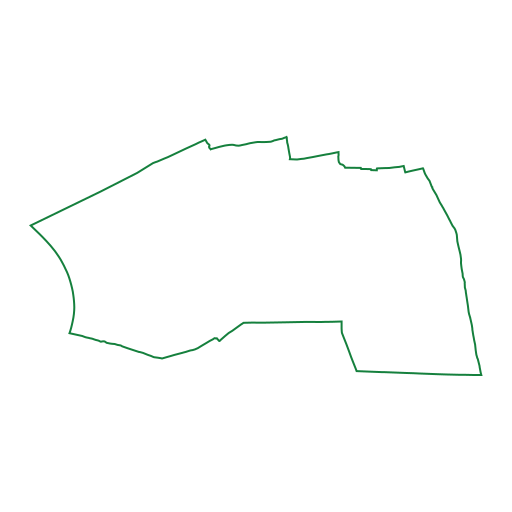 Phra Khanong, Bangkok Metropolis, Thailand (Mercator projection)
{"feature_id": "78962969B55596072077458", "entity_name": "Phra Khanong", "entity_type": "district", "adm_level": 2, "iso_a3": "THA", "parent_name": "Thailand", "parent_adm1": "Bangkok Metropolis", "projection": "mercator", "projection_center": [100.617, 13.692], "detail": "fine", "context": "isolated", "style": "outline", "palette": "green", "viewbox_px": 512, "rotation_deg": 0, "n_neighbors": 0, "source": "geoboundaries", "source_scale": "gbopen_adm2", "svg_char_len": 5473}
<svg xmlns="http://www.w3.org/2000/svg" viewBox="0 0 512 512"><path d="M481.3,375.0L480.7,372.7L479.7,367.4L479.5,365.8L477.8,359.1L477.2,357.8L476.8,356.2L476.4,354.9L476.2,353.7L475.7,350.2L475.1,344.5L474.2,340.4L473.7,337.5L473.3,335.5L473.2,335.0L473.1,334.2L473.0,333.7L472.7,331.8L472.7,331.6L472.4,330.0L472.3,328.2L472.1,327.0L471.9,325.5L471.7,324.5L470.4,318.7L470.2,317.9L470.2,317.6L470.1,317.4L469.1,314.1L468.7,312.2L468.6,311.8L468.6,311.5L468.5,310.8L467.9,305.7L467.2,301.2L466.7,297.8L466.3,295.3L466.1,293.9L465.9,292.7L465.8,291.7L465.7,290.6L465.1,288.3L464.9,287.7L464.8,285.5L464.8,285.1L464.7,283.3L464.7,282.9L464.8,282.6L464.7,282.0L464.6,281.4L464.4,280.8L464.2,280.0L464.1,279.6L463.8,278.8L463.1,277.5L462.9,277.0L462.8,276.5L462.7,275.5L462.6,273.6L462.3,272.1L461.7,269.0L461.3,266.0L461.0,263.2L461.0,262.1L461.1,260.4L461.0,258.6L460.7,256.5L460.6,255.7L460.5,255.1L460.5,254.9L459.7,251.4L458.6,247.0L458.3,245.7L457.8,243.5L457.3,241.1L457.3,240.9L456.8,234.8L456.4,233.2L456.3,232.9L455.4,230.1L454.5,228.3L453.5,227.1L453.2,226.5L452.6,225.9L452.1,224.9L450.9,222.6L449.8,220.3L449.5,219.9L448.3,217.5L447.8,216.5L447.2,215.3L444.8,211.0L443.7,209.0L443.6,208.8L443.5,208.5L442.8,207.4L442.2,206.4L441.9,205.8L439.8,202.4L438.5,199.6L436.4,195.0L432.9,189.2L432.5,188.4L432.2,187.6L432.3,187.2L431.9,186.8L431.5,186.1L431.3,185.5L429.8,181.6L429.6,181.0L429.3,180.6L429.2,180.5L428.9,180.0L427.9,178.7L427.5,178.1L425.4,174.5L424.5,172.5L424.5,172.3L424.4,172.1L423.3,169.0L422.9,168.3L422.2,168.5L417.3,169.6L412.7,170.6L408.4,171.6L405.3,172.4L405.2,172.2L403.7,166.0L399.2,166.9L394.6,167.3L390.0,167.9L389.1,168.0L384.5,168.1L377.0,168.4L376.9,168.5L376.8,170.3L371.2,170.1L371.0,169.4L370.9,169.2L369.6,169.1L365.4,169.0L361.2,169.0L361.0,168.9L360.9,168.8L360.9,168.6L360.9,168.1L360.8,167.9L360.6,167.9L345.1,167.7L344.8,167.0L344.6,166.6L344.3,166.2L343.8,165.7L342.9,164.9L342.3,164.6L341.7,164.5L340.7,164.2L340.1,163.9L339.5,163.0L339.4,162.8L339.3,162.7L339.1,162.4L338.9,162.1L338.7,161.2L338.5,160.1L338.4,158.1L338.3,156.4L338.4,156.2L338.6,154.9L338.5,153.0L338.5,152.1L337.9,152.2L336.8,152.4L332.1,153.4L328.5,154.1L327.0,154.3L322.2,155.2L317.5,156.1L312.5,157.1L309.6,157.6L306.8,158.1L304.9,158.5L303.9,158.7L301.5,158.9L297.0,159.5L289.9,159.2L290.1,158.4L290.0,156.8L289.9,156.3L289.3,153.3L288.3,147.5L288.3,147.2L287.8,144.7L287.2,142.6L287.1,141.2L286.9,139.8L286.8,139.2L286.8,137.7L286.7,137.5L286.5,137.0L286.3,137.1L285.9,137.3L284.4,137.8L283.4,138.2L282.6,138.6L281.4,138.9L280.4,139.0L279.3,139.2L278.1,139.5L275.8,140.1L274.2,140.4L273.2,140.9L272.9,141.0L272.1,141.3L271.4,141.5L270.9,141.7L269.7,141.8L266.4,142.0L263.0,142.1L259.5,142.0L257.5,142.0L255.3,142.3L250.0,143.2L248.0,143.7L246.9,144.0L246.2,144.2L244.7,144.5L242.1,145.0L240.5,145.4L238.7,145.7L237.4,145.6L236.0,145.5L234.5,145.1L232.9,144.8L231.5,144.8L229.7,144.9L227.3,145.2L226.5,145.3L224.7,145.6L219.2,146.9L215.3,148.0L210.8,149.2L210.7,149.3L209.4,147.9L209.3,147.7L209.2,147.4L209.1,147.1L209.1,146.8L209.1,146.6L209.1,146.4L209.4,146.0L209.4,145.9L209.5,145.7L209.4,145.2L209.3,144.8L209.1,144.6L208.6,144.2L208.1,143.8L207.5,143.3L207.2,142.9L207.0,142.7L206.8,142.3L206.4,141.5L205.3,139.7L204.9,139.9L203.8,140.4L200.9,141.7L198.8,142.6L195.8,144.1L185.9,148.6L174.5,154.0L172.6,154.9L167.7,157.2L164.2,158.6L157.2,161.6L155.6,162.1L153.0,163.1L137.2,172.9L100.7,191.5L30.7,225.5L37.0,231.6L39.4,233.9L41.8,236.3L42.3,236.8L46.4,241.1L50.8,246.0L52.9,248.6L55.0,251.2L56.9,253.9L58.9,256.8L60.7,259.7L62.4,262.8L64.0,265.8L65.5,269.0L67.0,272.1L68.3,275.3L69.4,278.5L70.4,281.8L71.3,285.1L72.1,288.4L72.8,291.7L73.3,295.1L73.7,298.1L74.0,301.2L74.2,304.3L74.3,307.3L74.2,310.4L73.9,314.0L73.4,317.6L72.7,321.2L72.0,324.4L71.2,327.7L70.3,330.8L69.5,333.2L82.3,336.0L83.8,336.6L84.9,337.0L85.4,337.2L87.1,337.6L88.7,337.9L89.0,338.0L90.2,338.3L91.4,338.5L91.6,338.6L91.9,338.6L93.4,339.1L94.1,339.4L94.8,339.6L95.6,339.9L97.7,340.4L98.4,340.6L98.7,340.7L98.9,340.8L100.3,341.5L100.5,341.6L101.0,341.7L101.8,341.5L103.2,341.3L103.8,341.3L104.2,341.4L104.7,341.5L105.2,341.8L106.6,342.8L107.0,342.9L109.0,343.3L109.8,343.5L112.0,343.8L114.7,344.0L117.5,344.9L120.5,345.4L121.2,345.7L122.1,346.3L127.5,348.2L139.1,352.0L139.7,352.0L143.0,352.9L147.4,354.7L148.5,355.1L150.9,355.9L153.4,357.0L154.0,357.2L154.7,357.3L157.8,357.7L160.9,358.2L161.4,358.3L161.7,358.4L162.0,358.5L166.5,357.2L171.1,355.9L174.1,355.0L178.3,353.9L182.9,352.7L183.1,352.6L183.5,352.5L184.3,352.3L186.2,351.8L186.4,351.7L188.0,351.2L190.2,350.5L191.8,350.2L192.0,350.2L193.0,350.0L193.2,349.9L193.9,349.7L194.7,349.5L197.9,348.1L199.8,346.9L202.6,345.2L206.0,343.2L209.8,340.9L212.9,339.3L214.5,338.2L215.1,338.2L215.5,338.4L216.4,338.5L216.8,338.3L217.5,339.1L218.4,340.1L219.1,340.9L219.3,341.0L219.7,340.9L220.9,339.7L225.1,336.0L227.5,334.0L228.7,333.0L232.3,330.8L236.7,327.6L241.7,324.0L242.0,323.9L243.4,322.9L243.6,322.8L243.9,322.8L252.4,322.6L262.0,322.7L274.1,322.5L285.8,322.3L296.2,322.1L306.9,321.9L319.6,322.0L321.2,322.0L324.4,321.9L332.0,321.8L341.6,321.5L341.6,327.1L341.6,328.7L341.7,330.3L341.8,331.9L341.9,332.6L342.0,333.1L343.8,337.7L346.5,344.5L349.0,351.2L351.1,357.0L352.7,361.1L352.9,361.6L355.8,368.9L356.6,371.1L368.7,371.6L381.3,372.1L383.4,372.1L406.7,373.0L413.3,373.2L419.5,373.5L437.7,374.2L447.4,374.5L459.5,374.8L460.6,374.8L464.6,374.8L473.8,375.0L481.3,375.0Z" fill="none" stroke="#15803d" stroke-width="2"/></svg>